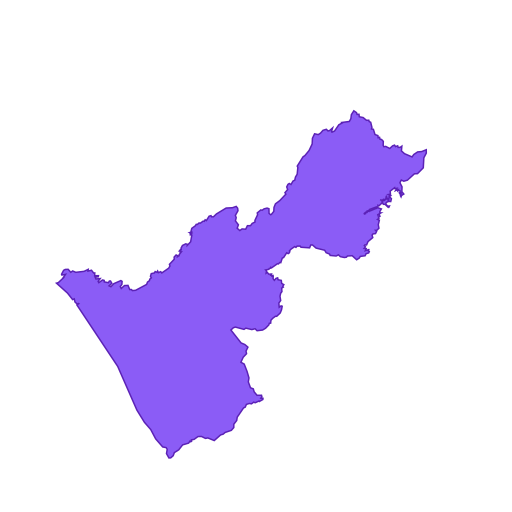 Cianjur, Jawa Barat, Indonesia, rotated 49°
{"feature_id": "22746128B34542084533901", "entity_name": "Cianjur", "entity_type": "district", "adm_level": 2, "iso_a3": "IDN", "parent_name": "Indonesia", "parent_adm1": "Jawa Barat", "projection": "equal_earth", "projection_center": [107.144, -7.054], "detail": "fine", "context": "isolated", "style": "filled", "palette": "violet", "viewbox_px": 512, "rotation_deg": 49, "n_neighbors": 0, "source": "geoboundaries", "source_scale": "gbopen_adm2", "svg_char_len": 6096}
<svg xmlns="http://www.w3.org/2000/svg" viewBox="0 0 512 512"><g transform="rotate(49 256 256)"><path d="M315.1,279.9L314.9,275.1L313.4,272.1L311.1,269.2L310.1,269.8L309.9,272.1L306.5,269.6L305.8,266.6L302.1,264.3L300.3,261.8L299.9,259.8L297.1,257.7L297.4,255.8L296.4,255.7L295.9,253.8L293.5,254.6L291.0,252.9L288.4,254.9L286.7,254.0L286.0,255.6L286.4,258.1L284.3,258.0L282.7,256.4L282.0,257.1L281.7,256.1L280.2,257.5L279.7,256.2L278.1,258.3L275.8,258.2L275.6,259.6L274.2,257.9L272.8,257.9L274.5,255.0L274.1,254.2L274.9,252.7L274.3,252.3L275.2,251.7L275.9,244.9L276.7,244.3L276.5,242.3L277.3,241.7L274.8,237.5L275.3,236.2L273.7,230.7L275.3,230.2L275.5,229.3L275.0,227.7L274.1,227.5L273.8,225.0L274.3,220.6L275.7,220.2L275.5,218.5L277.5,216.2L278.9,216.3L285.0,210.2L283.6,207.4L284.8,206.1L289.4,205.5L296.7,200.4L299.5,200.9L302.9,199.2L304.2,199.7L308.6,195.5L309.2,193.0L311.8,192.8L315.1,190.3L316.2,188.6L316.0,187.0L318.9,183.2L324.9,182.5L325.3,179.4L324.7,177.6L327.4,173.5L326.5,171.4L327.6,169.0L327.0,167.6L325.2,168.0L325.4,166.1L323.7,170.0L322.7,168.0L321.2,169.4L320.8,167.4L319.2,167.4L319.1,166.4L320.2,165.3L318.6,162.0L318.7,155.8L316.4,154.7L316.1,153.2L317.5,151.1L316.5,148.8L315.1,148.9L315.9,147.9L315.7,145.0L312.6,143.2L309.9,139.4L308.1,140.3L308.2,138.4L306.8,138.0L307.4,136.5L305.7,135.7L305.1,137.8L304.9,136.7L304.8,137.2L304.6,137.6L305.4,133.5L304.7,134.3L303.7,133.4L302.7,130.5L299.4,132.5L297.0,139.9L296.0,139.7L296.6,141.4L295.2,142.5L295.9,143.3L295.9,143.9L295.3,144.3L295.7,146.1L295.1,147.2L295.6,146.1L294.9,146.2L295.0,144.2L295.7,143.7L294.9,142.7L295.8,140.9L295.3,139.9L297.9,133.0L299.0,133.4L298.8,131.8L297.7,130.7L298.8,130.2L298.6,125.4L300.5,126.0L301.7,124.7L305.9,124.3L305.6,123.4L306.2,123.4L305.8,122.5L304.9,123.9L301.9,124.0L301.0,122.4L301.6,120.9L300.2,119.1L298.5,119.8L298.2,123.1L297.4,124.2L296.9,123.8L297.0,124.8L296.5,124.5L295.5,125.2L295.0,125.2L296.7,124.4L296.9,123.4L297.3,123.9L297.0,122.6L297.8,121.9L298.0,120.3L296.8,119.1L296.1,117.7L298.0,119.9L299.5,117.6L301.7,120.2L303.3,118.6L301.6,116.2L298.4,116.3L298.8,114.8L296.5,115.7L297.6,114.0L295.1,112.2L295.4,106.5L296.3,107.0L297.4,105.2L298.2,107.7L298.9,105.6L299.7,106.2L299.6,104.9L300.4,105.4L301.3,104.5L302.5,105.3L302.3,106.4L303.6,106.6L303.2,105.8L303.7,105.0L305.2,107.4L306.5,107.7L305.8,106.5L306.2,103.8L303.1,103.7L299.6,100.4L295.1,99.3L294.0,96.5L296.5,95.4L298.1,92.0L297.9,82.5L299.8,80.1L299.2,71.9L292.0,64.9L290.1,60.0L287.5,57.8L285.9,62.4L283.5,65.7L282.9,70.3L283.6,73.2L276.2,76.8L272.1,77.3L268.8,73.9L268.6,75.9L267.3,77.5L265.8,76.8L265.0,78.9L263.2,78.7L262.5,80.6L262.6,84.5L258.4,86.2L257.4,87.8L256.0,87.5L253.0,84.7L250.4,84.8L249.3,85.8L247.5,84.9L246.9,86.2L245.1,85.0L242.4,86.5L237.4,84.3L235.9,85.5L235.0,84.1L230.3,81.7L228.8,82.4L227.5,81.8L226.1,83.6L221.8,84.3L218.7,86.7L216.6,85.3L215.5,86.8L213.7,86.1L210.6,86.9L211.9,91.3L214.6,94.3L215.7,97.3L211.6,103.5L212.2,103.4L211.3,107.4L213.2,114.7L212.4,117.4L211.7,117.5L209.6,114.2L209.6,118.2L208.9,119.6L206.5,119.8L205.1,123.0L205.6,126.7L205.2,129.4L202.2,131.6L204.2,136.2L208.3,140.1L211.2,146.7L212.3,153.2L212.0,155.4L215.2,165.9L216.6,166.3L221.3,171.3L222.3,174.4L224.2,177.0L223.7,178.9L225.0,182.7L223.1,183.3L222.9,184.9L224.0,187.5L226.6,188.5L227.2,192.6L228.9,192.9L229.8,201.6L229.4,207.1L231.1,210.5L234.0,213.3L234.7,217.1L234.4,217.9L232.4,218.2L228.8,215.2L227.1,216.2L225.7,219.0L225.5,221.4L224.4,222.1L224.3,226.8L225.9,227.7L228.4,233.4L229.7,234.5L228.9,237.5L229.5,240.2L227.5,242.6L229.0,246.2L226.4,248.8L226.2,251.5L222.7,252.0L220.9,248.8L216.0,248.5L214.1,245.8L211.8,244.9L210.0,239.9L207.9,238.5L205.6,238.4L204.1,242.1L200.2,247.1L198.3,258.2L198.5,262.4L197.3,263.8L196.0,263.5L195.2,265.3L196.7,270.2L195.3,270.6L195.9,272.3L195.0,273.0L194.7,276.5L193.7,277.3L193.7,279.6L192.9,280.3L193.4,282.0L193.0,286.3L194.7,288.8L195.7,288.7L194.8,290.7L196.2,290.0L195.8,290.9L196.9,291.6L196.9,290.6L198.1,290.7L202.4,296.0L202.9,300.9L202.1,300.1L200.7,301.1L199.8,304.6L200.8,307.2L202.2,308.3L201.6,308.7L201.9,310.4L202.4,309.8L203.1,310.6L203.9,309.6L204.6,313.2L205.3,313.8L205.0,315.8L204.2,315.0L202.8,315.6L203.1,318.5L204.8,319.8L205.5,326.8L207.1,327.5L207.9,329.9L207.0,338.2L205.3,338.2L204.5,340.6L202.8,340.1L203.3,341.5L201.6,342.3L202.1,343.8L200.6,346.6L202.1,349.0L203.8,349.3L203.8,351.4L204.7,352.6L204.5,355.0L205.7,357.2L202.9,369.4L201.0,372.0L199.6,372.0L198.5,373.3L194.2,371.9L192.0,374.7L192.1,379.0L190.0,378.5L189.5,375.9L187.3,373.7L185.9,374.1L183.6,381.4L184.0,385.7L182.1,386.5L182.0,382.7L179.4,382.2L178.7,383.1L179.3,384.9L176.0,387.5L174.8,386.6L173.4,387.5L173.0,392.1L171.6,391.8L170.8,388.4L168.3,391.9L166.5,391.3L168.2,388.7L167.5,387.8L165.0,390.7L163.0,388.8L162.3,389.7L158.8,389.5L157.2,392.7L156.0,391.4L154.8,395.8L150.1,402.7L147.0,404.2L146.8,406.5L142.8,406.5L141.0,408.8L140.6,410.6L142.2,414.7L143.0,415.0L144.9,411.8L145.8,415.5L146.1,414.5L146.4,422.7L145.6,424.4L160.3,422.6L168.6,423.0L169.1,421.3L172.0,422.8L174.9,422.5L175.2,421.3L175.7,421.1L175.5,423.3L248.6,432.8L294.2,447.0L308.3,449.3L317.9,449.3L328.2,451.7L338.9,451.7L341.7,449.5L343.7,449.9L346.4,453.2L351.3,454.2L352.4,452.8L352.4,449.5L350.8,446.6L351.6,441.5L350.4,435.3L353.0,429.6L352.4,427.2L353.4,427.1L353.5,426.0L352.4,425.3L353.8,423.0L354.2,418.2L356.5,415.5L360.5,413.8L361.7,411.7L367.9,408.6L367.8,400.1L368.9,397.7L368.9,395.1L371.4,389.0L370.9,385.3L368.4,383.1L367.5,378.5L365.3,375.9L362.5,365.1L363.0,363.3L361.7,360.6L362.9,357.8L364.6,356.4L364.8,353.6L366.2,352.9L367.4,348.9L368.0,348.9L368.8,345.0L368.0,344.1L366.5,345.6L366.1,343.9L364.7,343.2L361.8,346.6L357.3,346.5L354.5,345.2L351.8,346.6L346.0,344.4L343.4,341.3L337.3,338.5L329.8,335.8L326.3,337.1L324.0,332.1L323.5,327.2L321.2,325.9L319.5,321.9L315.5,322.5L311.8,324.3L295.4,323.5L295.3,320.1L296.1,318.2L303.5,313.2L303.8,311.0L308.8,307.4L310.3,304.4L313.1,304.2L316.2,299.6L316.8,296.2L316.4,291.5L315.5,290.1L316.3,289.0L314.3,286.9L314.0,284.3L314.2,281.0L315.1,279.9Z" fill="#8b5cf6" stroke="#5b21b6" stroke-width="1.5"/></g></svg>